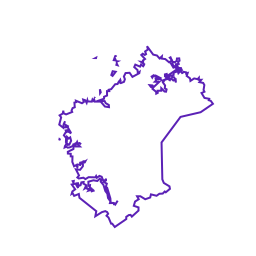 Huon Valley, Tasmania, Australia, rotated 136°
{"feature_id": "25037944B40163460524303", "entity_name": "Huon Valley", "entity_type": "district", "adm_level": 2, "iso_a3": "AUS", "parent_name": "Australia", "parent_adm1": "Tasmania", "projection": "robinson", "projection_center": [146.517, -43.294], "detail": "fine", "context": "isolated", "style": "outline", "palette": "violet", "viewbox_px": 256, "rotation_deg": 136, "n_neighbors": 0, "source": "geoboundaries", "source_scale": "gbopen_adm2", "svg_char_len": 5912}
<svg xmlns="http://www.w3.org/2000/svg" viewBox="0 0 256 256"><g transform="rotate(136 128 128)"><path d="M50.1,86.4L49.6,90.1L50.6,91.9L49.3,92.6L52.1,96.5L50.8,102.1L47.8,101.0L47.2,102.9L43.2,105.9L42.6,108.2L44.8,111.4L41.8,111.8L43.6,113.5L42.2,114.9L44.0,114.8L46.0,117.7L50.4,118.5L48.9,120.6L49.6,124.7L46.9,126.1L48.3,126.8L47.5,127.6L48.9,129.6L49.7,130.0L50.0,129.7L50.7,129.8L50.9,129.9L50.7,132.6L53.7,132.4L52.8,134.2L56.8,136.1L58.3,134.5L59.9,135.2L61.0,133.8L59.7,132.7L59.9,131.1L61.2,130.3L60.0,129.8L62.0,127.4L60.7,129.3L62.4,130.7L62.6,133.7L64.3,135.8L64.4,133.4L64.7,133.3L65.2,135.6L67.9,137.1L71.2,136.6L71.8,132.8L74.0,131.0L73.4,129.0L75.4,127.7L76.4,128.9L76.4,133.5L78.2,131.7L80.8,134.2L82.2,132.6L83.8,133.1L82.6,134.5L83.2,139.2L81.3,139.7L83.0,141.6L82.7,143.8L80.8,141.6L81.0,139.6L73.7,139.5L76.5,142.6L74.9,142.6L73.9,144.2L72.7,141.9L71.7,141.5L71.0,141.7L72.2,144.9L72.2,146.9L73.0,147.2L73.0,147.6L73.3,147.6L73.3,148.1L75.5,147.4L75.2,148.6L73.3,148.1L71.7,146.6L69.9,141.2L71.3,141.1L70.4,138.2L66.5,136.7L65.7,137.6L64.5,136.0L65.0,137.4L61.2,136.1L60.9,136.5L65.3,139.7L64.2,140.9L62.6,140.0L63.4,138.7L62.1,137.9L53.5,136.5L54.0,135.7L51.4,134.0L49.8,137.2L51.7,137.0L52.2,139.9L52.8,140.1L53.1,139.8L53.4,139.9L52.3,144.6L51.0,143.6L52.3,141.3L50.2,138.3L49.0,139.0L49.9,139.5L49.3,140.6L47.0,138.9L46.0,140.9L44.2,140.6L42.8,142.5L44.5,144.0L46.3,142.5L48.5,142.7L50.0,144.8L49.4,146.1L52.8,146.7L53.3,151.7L55.6,154.6L53.9,156.0L57.0,156.1L56.8,160.0L58.9,163.3L57.5,173.6L59.1,170.6L62.5,171.2L63.7,168.6L65.2,168.9L65.8,171.2L67.7,171.3L67.8,165.8L70.3,166.2L71.3,164.9L72.7,166.6L72.0,162.6L72.8,162.2L74.2,161.9L74.6,164.6L76.7,163.8L78.7,168.5L81.2,167.5L80.9,163.1L82.9,160.5L80.8,160.3L81.8,159.6L89.3,161.7L88.5,166.6L91.6,169.2L95.2,167.9L96.3,165.3L98.8,164.0L101.8,165.2L102.0,166.9L102.1,165.0L102.5,167.7L105.0,166.9L106.8,168.4L113.1,167.6L115.3,168.9L115.9,167.6L117.5,169.1L120.5,165.9L123.5,167.1L124.9,165.7L132.0,169.0L126.1,163.6L126.8,161.4L125.8,157.9L127.2,156.2L129.7,159.5L129.3,166.0L133.6,170.1L132.5,172.1L133.9,171.7L133.7,173.2L135.7,172.1L138.5,175.1L137.9,176.2L140.3,174.8L139.5,177.7L140.5,179.6L141.8,177.4L143.9,177.8L146.5,183.8L147.3,182.6L148.9,183.5L151.9,179.9L154.0,180.8L156.4,179.8L157.0,178.3L163.1,180.8L164.1,183.3L162.5,185.4L164.9,183.7L168.4,184.6L168.7,182.1L175.1,178.2L174.4,173.2L171.7,175.4L168.6,176.6L171.2,175.4L170.5,172.7L172.7,172.1L171.1,170.7L170.5,170.8L170.2,171.1L169.2,171.4L170.4,170.7L170.8,170.6L172.3,164.5L173.7,164.2L172.6,164.7L173.7,167.1L172.7,168.3L174.5,169.5L175.4,166.9L175.1,168.4L179.2,167.3L179.4,163.9L182.5,160.9L182.4,159.9L178.0,163.9L178.0,161.6L176.1,161.4L177.8,158.3L181.8,156.8L183.2,157.8L182.9,159.8L185.7,158.6L185.0,155.7L183.3,154.5L180.1,153.4L178.7,154.2L177.2,153.3L178.4,153.1L177.8,152.1L174.3,153.3L175.0,151.8L173.3,150.8L173.0,148.9L173.4,150.8L174.6,151.0L175.4,152.1L175.4,148.1L178.6,151.2L178.9,153.3L181.9,150.8L187.8,152.7L189.0,151.4L187.1,149.2L188.9,147.4L187.7,146.1L191.6,142.3L193.4,137.9L189.8,137.0L188.1,134.7L186.5,136.3L183.6,134.6L182.7,135.6L183.2,134.0L181.8,133.7L183.0,133.3L186.1,135.0L185.9,132.9L187.1,131.8L191.5,131.2L194.2,134.5L196.2,127.9L198.8,127.6L198.5,125.9L194.6,123.2L194.1,120.8L190.5,120.0L185.8,115.2L184.3,115.6L185.0,113.8L181.8,113.4L180.8,111.2L182.2,107.8L180.6,105.9L179.0,106.9L180.2,105.6L183.0,106.1L181.9,102.7L184.7,101.1L184.5,99.5L189.6,89.6L191.6,87.2L192.9,86.6L190.4,84.1L189.8,82.6L190.0,81.9L185.9,82.9L190.2,81.8L191.1,82.9L190.5,84.1L193.1,86.5L191.6,87.5L191.0,91.5L188.5,95.1L188.1,98.4L185.2,104.1L184.9,108.4L183.4,109.1L183.5,111.1L186.9,111.2L189.2,114.4L193.8,116.9L196.6,113.9L195.1,113.2L197.0,111.6L196.3,110.0L196.6,109.3L196.2,108.1L196.4,107.5L196.2,107.1L196.3,106.8L198.1,107.7L197.4,109.1L200.0,110.4L198.1,110.8L199.6,112.5L199.1,113.9L201.2,114.5L197.8,115.8L198.7,119.0L197.4,120.0L199.3,121.3L201.9,119.8L204.6,121.0L205.6,119.5L204.4,124.4L207.7,126.4L208.6,120.6L212.1,121.0L214.2,119.8L213.1,119.6L213.9,116.6L209.2,114.7L211.4,111.5L208.6,90.2L212.8,87.2L205.2,85.6L202.1,84.0L201.4,82.0L201.9,80.1L204.4,79.8L204.2,77.1L206.6,70.9L205.8,70.1L206.3,66.0L192.5,63.7L191.0,65.3L187.9,64.8L186.5,63.7L186.8,61.6L177.8,61.3L175.6,63.6L177.9,68.0L174.0,70.2L169.8,69.3L168.9,72.6L166.5,70.3L165.1,64.8L160.3,62.6L157.6,64.3L154.5,59.4L151.1,58.9L148.6,56.7L145.7,56.8L145.5,55.5L140.1,55.1L138.7,57.2L140.4,63.6L139.0,67.2L113.9,94.3L82.5,99.5L64.8,88.9L50.1,86.4ZM102.9,176.2L97.8,177.0L99.6,179.5L103.2,177.7L102.9,176.2ZM91.1,186.7L89.8,185.1L88.7,187.9L91.1,186.7ZM185.7,99.3L187.4,96.8L186.8,98.9L186.6,98.9L186.9,99.0L187.4,98.3L188.3,94.9L185.7,99.3ZM189.7,89.6L188.7,92.7L189.4,92.4L190.0,91.6L190.9,89.6L191.1,88.7L189.7,89.6ZM189.5,92.7L188.2,93.4L187.7,94.7L189.5,92.7ZM122.8,172.6L121.3,175.4L123.9,172.4L122.8,172.6ZM91.9,180.4L91.3,182.2L92.5,181.5L91.9,180.4ZM203.3,121.4L202.3,123.0L202.8,123.4L203.3,121.4ZM203.8,127.6L204.7,128.2L205.2,126.8L205.0,126.7L203.8,127.6ZM48.3,149.3L49.1,149.5L49.2,147.5L48.9,147.7L48.3,149.3ZM190.5,135.2L191.6,135.5L191.7,135.0L190.5,135.2ZM186.1,100.2L186.0,101.6L186.9,99.1L186.6,98.9L186.7,98.5L186.1,100.2ZM100.5,167.2L100.1,168.0L101.5,167.6L100.5,167.2ZM49.1,133.5L48.3,134.3L48.8,134.9L49.1,133.5ZM185.3,167.4L184.8,166.4L185.0,167.6L185.3,167.4ZM89.2,183.2L89.8,183.9L90.1,183.5L89.2,183.2ZM102.1,200.7L102.8,200.9L102.4,200.5L102.1,200.7ZM182.0,159.2L182.6,158.6L182.4,158.7L182.0,159.2ZM48.8,132.9L49.3,133.1L48.9,132.6L48.8,132.9ZM130.2,173.3L130.5,173.2L130.9,173.0L130.2,173.3ZM186.8,157.9L186.8,158.2L187.1,158.0L186.8,157.9ZM182.9,133.6L182.8,133.8L183.3,133.8L182.9,133.6ZM50.8,137.9L51.0,138.0L51.1,137.6L50.8,137.9ZM86.6,188.2L86.1,188.5L86.8,188.3L86.6,188.2ZM54.6,135.3L54.4,135.5L54.9,135.4L54.6,135.3ZM186.2,101.5L186.2,101.8L186.3,101.5L186.2,101.5Z" fill="none" stroke="#5b21b6" stroke-width="2"/></g></svg>